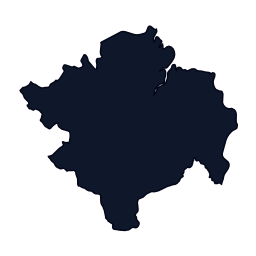 an SVG outline of Sumatera Selatan, rotated 2°
{"feature_id": "IDN-1230", "entity_name": "Sumatera Selatan", "entity_type": "Province", "adm_level": 1, "iso_a3": "IDN", "parent_name": "Indonesia", "parent_adm1": "", "projection": "natural_earth1", "projection_center": [104.141, -3.318], "detail": "fine", "context": "isolated", "style": "filled", "palette": "ink", "viewbox_px": 256, "rotation_deg": 2, "n_neighbors": 0, "source": "natural_earth", "source_scale": "10m", "svg_char_len": 5743}
<svg xmlns="http://www.w3.org/2000/svg" viewBox="0 0 256 256"><g transform="rotate(2 128 128)"><path d="M152.9,28.3L153.3,30.0L153.3,30.7L153.0,31.4L150.6,36.2L150.3,37.6L150.5,39.4L151.1,41.0L152.0,39.9L152.7,36.7L153.3,35.9L154.7,36.1L155.9,37.3L157.0,38.7L157.9,39.3L158.7,40.1L158.3,41.8L157.4,43.7L156.0,45.8L156.1,46.3L157.0,46.2L157.8,45.7L159.0,43.9L159.6,43.2L159.9,44.4L160.1,47.0L161.3,47.9L161.7,47.9L162.1,47.2L162.7,46.9L163.7,45.8L166.1,44.9L168.3,45.6L170.3,47.4L171.6,50.1L172.0,52.9L171.7,55.4L170.8,57.6L169.1,60.6L165.2,65.8L164.5,66.5L163.6,66.7L161.3,66.8L160.5,67.1L159.8,68.0L157.0,70.3L160.8,68.4L162.6,68.4L163.7,70.8L163.7,73.5L163.6,75.1L162.8,77.2L162.8,80.1L162.6,81.2L162.0,81.7L161.1,82.2L158.4,83.1L156.8,84.5L155.0,86.4L153.9,88.1L153.2,90.3L153.2,92.8L153.1,92.7L152.9,93.7L153.8,92.8L154.6,91.5L155.3,90.0L155.8,87.7L156.6,86.8L158.5,85.5L162.2,83.4L163.8,82.2L164.8,80.3L165.8,76.2L165.9,74.9L165.8,72.1L166.0,71.1L166.7,69.9L168.4,68.0L169.3,66.8L170.0,64.1L170.9,63.2L172.1,63.0L173.0,63.5L173.4,64.7L173.6,67.7L174.6,68.6L174.7,67.1L175.2,66.2L176.1,65.7L177.3,65.6L178.5,65.9L180.0,67.6L180.9,68.2L183.1,67.8L183.7,68.0L184.8,69.0L185.9,68.7L189.4,66.9L190.6,66.7L191.8,66.6L193.1,66.9L195.1,68.3L196.4,68.5L199.1,68.6L203.8,69.5L206.2,69.6L207.5,69.9L208.4,70.3L208.4,70.8L207.7,70.8L208.3,71.5L209.1,71.2L210.5,69.9L211.5,70.0L212.3,70.3L212.9,71.2L212.9,72.9L212.6,74.3L211.7,76.9L211.5,78.3L211.5,79.8L212.1,82.5L213.1,84.7L214.0,85.9L215.0,86.8L216.6,87.3L217.7,87.9L219.6,88.0L220.2,88.1L220.7,88.5L221.6,90.6L221.5,99.3L222.4,101.6L224.1,103.6L226.2,104.9L228.6,105.3L230.8,104.9L231.4,105.0L232.3,105.6L233.6,106.1L234.3,106.9L235.3,108.8L235.7,110.9L235.7,116.1L236.0,118.7L237.0,120.6L237.1,121.3L236.8,124.1L236.2,124.8L232.6,126.9L230.8,128.7L228.9,131.0L227.4,133.6L226.3,136.4L223.0,150.3L223.3,152.8L224.7,154.8L229.2,158.5L230.2,160.5L230.2,162.7L229.3,165.3L225.7,171.2L225.2,173.2L224.9,175.4L223.6,179.8L223.4,180.9L221.3,179.6L220.0,179.9L219.0,180.4L216.9,180.4L216.5,179.8L216.1,178.5L215.7,177.9L215.2,177.5L214.1,177.5L213.7,177.2L213.6,175.4L213.2,174.8L212.4,174.5L211.4,174.6L211.1,174.4L211.1,173.9L211.6,172.2L211.4,170.9L210.2,168.2L209.5,167.5L208.3,165.7L206.9,165.0L206.7,164.7L206.6,163.6L206.3,162.7L205.8,162.1L204.2,161.3L202.4,161.0L201.9,160.5L200.9,158.7L200.3,158.2L199.6,157.9L199.1,158.0L197.9,158.4L197.3,158.2L196.9,157.5L196.4,156.0L195.9,155.3L195.6,155.3L195.2,155.6L194.8,156.6L194.6,158.3L193.9,159.1L193.8,161.1L192.9,163.8L191.5,165.1L190.9,165.3L190.2,165.4L189.4,165.0L188.8,165.1L188.4,165.3L186.9,166.8L186.1,167.2L185.7,167.6L185.4,168.2L185.2,170.6L184.1,172.6L184.2,173.3L184.7,173.9L184.7,174.3L184.5,174.7L182.8,175.8L182.4,176.3L181.9,177.0L181.2,178.8L180.9,179.4L180.0,180.2L178.9,181.6L177.0,182.6L174.2,183.2L172.1,184.1L169.7,184.8L160.7,189.6L156.7,190.7L153.9,190.7L152.7,191.1L149.3,192.9L148.1,193.8L145.6,196.4L140.8,198.7L140.3,200.3L139.9,202.1L140.8,208.4L140.8,210.5L140.0,211.9L138.7,213.2L138.3,215.1L138.4,215.5L139.5,216.8L139.6,218.3L140.0,219.5L142.1,221.9L142.4,222.6L142.3,224.0L141.5,225.8L140.5,226.9L140.2,227.1L139.1,227.4L137.4,227.1L135.5,227.2L132.5,229.6L128.4,230.5L123.3,230.3L120.1,229.8L118.0,229.7L117.1,229.4L116.6,229.0L116.1,227.2L116.3,225.9L116.1,224.7L115.2,223.9L114.3,223.5L111.3,221.6L110.8,220.4L109.3,219.2L108.9,218.6L108.7,216.9L107.1,210.4L106.6,209.8L105.9,207.7L104.3,205.4L103.9,204.4L103.5,202.7L103.1,197.3L102.9,196.2L102.5,195.5L101.2,194.9L98.0,194.8L96.4,194.2L94.0,192.3L90.9,192.0L89.1,191.2L86.7,189.6L84.3,189.0L81.8,187.6L80.5,187.6L79.8,186.2L79.5,181.1L79.2,179.8L77.7,176.0L77.4,173.9L76.7,173.0L75.5,172.2L75.1,172.1L74.0,172.4L69.6,172.6L68.6,173.2L66.2,171.0L65.7,170.7L64.7,170.4L62.8,171.0L61.9,171.1L58.7,169.8L57.1,168.5L55.7,166.1L55.1,165.3L53.1,163.8L52.4,163.1L51.2,161.2L49.9,160.1L49.5,159.2L52.5,158.3L53.4,157.8L60.0,150.9L61.2,149.9L62.3,149.3L64.1,147.7L64.1,146.9L63.3,145.1L63.1,144.5L63.3,144.1L63.8,144.1L65.9,144.9L67.9,144.6L69.3,144.8L70.0,143.6L70.6,138.5L70.5,136.9L70.3,135.3L69.9,134.1L69.6,133.7L68.3,132.9L66.8,132.7L65.8,132.3L62.6,131.6L61.8,131.3L58.8,129.1L58.3,128.2L57.8,126.3L57.4,125.8L56.9,125.5L55.9,125.9L54.7,126.7L52.4,128.7L50.7,130.8L49.6,131.5L48.5,131.1L46.9,130.0L45.9,129.6L45.3,129.2L43.7,127.2L42.0,124.9L40.7,124.1L40.4,123.8L40.2,123.3L40.4,122.6L41.1,121.4L41.4,119.3L41.9,117.5L41.8,116.9L41.4,116.3L38.7,113.5L35.3,112.2L34.3,112.1L33.1,113.3L32.5,113.3L31.7,113.0L30.6,112.3L28.9,112.2L28.4,111.7L26.7,109.4L26.6,108.7L26.9,108.5L27.9,108.4L28.3,108.1L27.8,105.8L27.4,105.1L26.4,104.3L23.9,101.8L23.3,100.9L22.0,97.9L21.5,97.3L20.0,96.0L18.9,94.3L21.1,91.7L21.6,91.3L24.0,90.7L25.0,90.2L27.9,88.1L29.4,85.3L31.4,87.0L34.3,87.9L36.9,89.7L39.6,90.9L41.7,91.0L43.3,90.5L46.7,90.2L47.7,89.7L48.2,89.1L48.9,87.3L49.7,86.5L52.3,84.9L53.3,84.1L54.3,82.9L54.6,82.9L55.1,83.5L56.7,82.6L57.6,81.8L58.3,80.8L62.2,74.1L62.4,73.3L62.2,72.6L61.4,71.6L61.0,70.9L60.9,70.1L61.1,69.0L61.6,68.0L62.1,67.3L62.8,67.2L63.8,67.3L65.4,67.9L67.1,68.3L68.9,69.0L70.5,69.1L72.0,68.3L75.0,69.6L76.3,70.1L77.4,69.9L79.8,68.8L80.4,68.3L80.7,67.8L80.7,66.0L80.3,65.1L78.9,63.0L78.8,62.1L79.3,60.7L80.2,59.3L81.3,56.7L82.3,56.3L83.1,56.6L84.4,58.2L85.4,60.5L85.7,61.9L86.1,62.9L92.4,69.8L93.5,70.4L94.5,70.4L94.7,69.6L94.6,68.4L94.8,67.2L94.7,65.4L94.1,62.5L94.1,61.4L94.3,60.5L94.6,60.0L95.2,59.7L97.2,59.5L98.1,59.2L98.9,58.7L99.7,57.8L99.7,57.5L98.5,56.0L98.0,54.6L97.8,52.6L98.4,44.9L97.9,43.7L98.7,43.0L117.8,32.1L119.6,31.8L121.7,31.9L130.9,34.4L133.5,34.7L136.8,34.2L141.5,32.7L143.0,31.3L144.5,27.0L144.8,26.3L145.7,25.5L146.4,25.5L147.3,25.8L151.0,28.5L152.1,28.7L152.9,28.3Z" fill="#0f172a" stroke="#020617" stroke-width="1.5"/></g></svg>